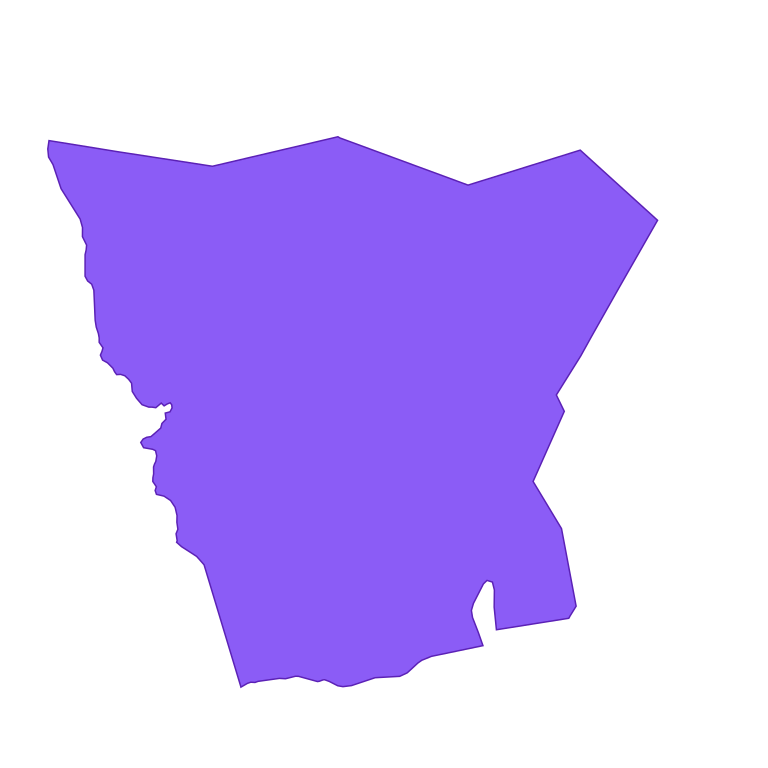 the border of Hodh el Gharbi, rotated 351°
{"feature_id": "MRT-2797", "entity_name": "Hodh el Gharbi", "entity_type": "Region", "adm_level": 1, "iso_a3": "MRT", "parent_name": "Mauritania", "parent_adm1": "", "projection": "natural_earth1", "projection_center": [-10.311, 16.544], "detail": "fine", "context": "isolated", "style": "filled", "palette": "violet", "viewbox_px": 768, "rotation_deg": 351, "n_neighbors": 0, "source": "natural_earth", "source_scale": "10m", "svg_char_len": 1820}
<svg xmlns="http://www.w3.org/2000/svg" viewBox="0 0 768 768"><g transform="rotate(351 384 384)"><path d="M529.8,644.3L526.5,644.3L500.6,644.3L493.3,644.3L456.6,644.3L457.9,621.6L460.8,604.7L460.1,596.6L455.0,594.1L450.9,597.0L438.0,614.7L434.9,621.3L434.9,628.5L438.3,644.2L440.8,657.9L388.3,660.4L378.0,662.8L373.8,664.9L361.8,672.9L353.8,675.2L329.3,672.7L304.7,676.8L296.1,676.5L291.1,674.8L283.4,669.2L279.1,666.8L277.5,666.7L273.6,667.5L271.8,667.5L253.7,659.3L250.7,658.8L240.6,659.7L234.7,658.4L213.1,658.0L209.9,658.6L205.8,657.7L202.3,658.3L195.3,661.0L195.3,660.9L178.0,534.4L172.0,525.0L158.6,513.0L154.4,507.9L155.2,506.4L155.2,499.4L157.7,495.2L157.8,488.2L159.0,481.5L158.4,473.1L155.0,465.7L149.1,460.3L142.0,457.4L141.3,453.4L143.1,449.9L140.4,444.1L141.1,440.4L142.4,436.8L143.4,429.9L144.8,427.2L146.5,424.8L148.3,419.4L147.9,414.1L145.3,412.3L136.6,409.3L134.6,403.7L137.5,400.7L141.3,399.5L145.6,399.5L156.6,392.6L158.5,388.2L163.2,384.7L163.4,378.5L168.3,378.0L170.9,374.5L171.1,371.4L169.9,369.1L166.8,369.8L163.4,371.2L161.0,368.0L154.9,371.7L151.4,370.6L148.0,370.0L141.8,366.6L137.4,359.5L134.2,352.0L134.8,343.7L132.5,339.4L129.3,335.3L125.4,333.3L121.4,332.9L119.8,329.7L118.7,326.0L114.2,319.8L109.8,316.4L108.4,311.1L110.5,307.8L112.1,304.3L109.2,298.3L109.9,293.9L109.8,289.5L108.7,282.8L108.7,275.9L112.1,246.0L110.9,239.7L107.4,235.9L105.6,230.8L109.0,209.5L110.8,205.0L112.0,200.3L109.2,191.3L110.7,182.3L109.7,173.6L95.6,140.6L91.4,115.5L88.2,107.4L88.7,99.3L91.2,91.2L158.5,113.3L248.6,142.1L377.2,132.6L378.8,134.0L498.1,200.7L614.4,183.7L643.6,220.1L679.8,265.1L631.6,325.2L596.2,369.8L582.7,387.1L552.5,421.8L557.8,439.2L516.0,503.6L524.9,525.5L536.7,554.6L539.0,633.5L531.4,642.3L530.3,643.8L529.8,644.3L529.8,644.3Z" fill="#8b5cf6" stroke="#5b21b6" stroke-width="1.5"/></g></svg>